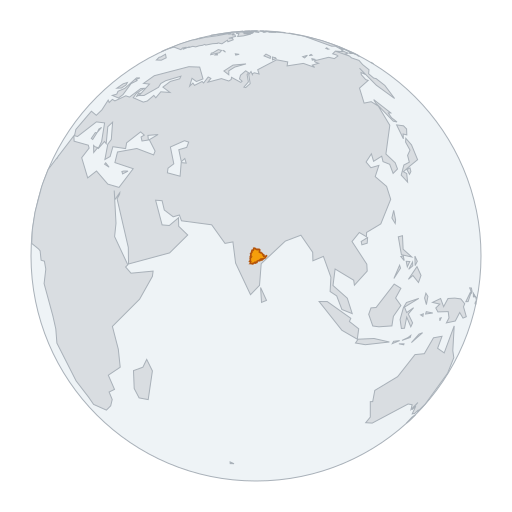 Telangana on an orthographic globe
{"feature_id": "IND-20011", "entity_name": "Telangana", "entity_type": "State", "adm_level": 1, "iso_a3": "IND", "parent_name": "India", "parent_adm1": "", "projection": "orthographic", "projection_center": [78.948, 17.86], "detail": "fine", "context": "on_globe", "style": "filled", "palette": "amber", "viewbox_px": 512, "rotation_deg": 0, "n_neighbors": 0, "source": "natural_earth", "source_scale": "10m", "svg_char_len": 13090}
<svg xmlns="http://www.w3.org/2000/svg" viewBox="0 0 512 512"><circle cx="256" cy="256" r="225" fill="#eef3f6" stroke="#a8b0b8"/><path d="M372.3,63.1L373.6,63.8L370.9,62.2L372.3,63.1ZM354.6,53.4L358.4,55.4L355.0,53.8L355.9,54.6L351.4,52.7L342.0,48.3L338.9,47.2L343.3,49.4L341.5,49.5L335.5,46.2L331.7,46.2L315.4,40.3L303.0,35.7L290.3,33.3L288.7,33.1L305.7,36.3L322.4,40.7L338.8,46.5L354.6,53.4ZM356.9,55.1L359.0,56.1L358.6,56.2L356.9,55.1ZM351.2,53.5L349.9,53.5L349.6,52.6L351.2,53.5ZM348.1,53.1L345.1,54.0L349.5,56.1L335.4,51.1L342.6,51.6L341.5,50.0L344.8,51.9L348.1,53.1ZM277.1,31.7L278.4,31.8L271.8,31.4L266.2,31.0L265.2,30.9L277.1,31.7ZM264.5,30.9L263.3,30.9L260.6,30.8L264.5,30.9ZM328.0,48.5L325.9,48.4L326.4,47.8L328.0,48.5ZM255.8,30.7L257.7,30.7L252.0,30.8L252.6,30.8L251.3,30.8L255.8,30.7ZM283.7,32.4L285.5,32.7L280.6,32.3L280.7,32.5L272.0,31.4L283.7,32.4ZM250.2,30.8L249.0,31.0L244.5,31.1L247.8,30.9L250.2,30.8ZM261.0,30.8L262.6,30.9L259.9,30.8L261.0,30.8ZM228.1,32.6L231.8,32.1L234.1,32.0L228.1,32.6ZM248.8,31.1L250.3,31.0L251.7,31.0L250.0,31.2L248.8,31.1ZM269.2,31.4L266.8,31.3L272.5,31.8L269.1,31.9L263.9,31.3L264.7,31.6L263.6,31.6L260.6,31.2L269.2,31.4ZM252.2,31.6L244.5,31.5L237.1,32.2L234.8,32.2L247.2,31.2L252.2,31.6ZM257.4,31.3L253.7,31.5L252.8,31.2L254.7,31.0L257.4,31.3ZM268.6,32.3L275.2,32.3L276.1,32.4L268.6,32.3ZM250.3,31.8L252.2,31.9L249.8,31.9L250.3,31.8ZM263.2,32.1L265.4,31.9L266.3,32.1L263.2,32.1ZM254.2,32.3L251.7,32.1L252.9,31.9L254.2,32.3ZM258.4,32.2L259.2,32.5L254.9,31.9L259.3,32.1L258.4,32.2ZM263.7,32.3L265.0,32.3L262.7,32.3L263.7,32.3ZM250.9,33.7L245.0,32.9L247.8,32.2L253.1,33.0L250.9,33.7ZM41.5,187.1L42.7,183.5L48.1,169.5L73.9,135.7L74.1,141.2L88.3,145.2L89.1,148.1L81.7,157.7L87.7,177.9L96.5,171.0L107.8,184.1L119.0,187.4L133.2,168.7L114.9,162.6L117.5,152.0L136.8,148.5L153.6,154.9L155.1,151.1L149.3,139.7L158.1,134.5L147.9,135.4L148.4,140.0L142.0,141.0L141.1,137.0L144.3,135.1L140.6,131.9L126.6,142.8L125.6,148.6L112.9,146.7L110.1,156.5L104.9,159.5L107.8,144.2L111.3,139.5L112.6,122.2L107.8,126.7L106.2,143.7L104.5,141.5L98.0,148.9L101.6,141.6L104.6,122.9L96.4,121.9L77.5,136.5L74.5,135.7L75.9,129.4L91.4,111.2L96.3,115.3L101.9,109.9L108.2,100.1L109.2,102.5L112.4,99.4L114.9,100.9L125.8,95.8L129.5,97.1L140.8,88.5L144.2,88.3L136.5,93.2L133.2,97.7L143.3,102.1L147.3,101.0L153.8,95.4L155.8,97.8L160.8,91.8L170.0,92.5L162.9,87.1L170.4,81.4L179.7,78.8L180.9,76.2L165.7,80.7L160.8,83.5L158.5,87.3L144.0,95.5L139.0,95.6L149.5,84.1L143.5,83.4L154.3,75.7L188.8,66.7L199.7,67.1L203.0,78.9L196.4,81.5L192.0,78.3L189.6,86.2L192.9,83.1L194.5,85.4L202.1,81.5L203.6,83.0L208.2,77.0L210.9,78.4L207.9,82.2L221.4,78.6L228.8,81.0L231.2,79.5L231.5,77.3L240.8,82.4L242.1,81.2L239.5,78.9L240.5,75.2L245.7,70.8L248.6,72.8L247.1,74.6L248.4,81.9L243.9,87.1L245.7,87.6L250.2,83.6L248.7,74.6L251.0,71.5L252.7,75.4L252.3,73.7L254.4,72.8L259.1,74.0L257.7,69.7L276.6,59.8L287.7,61.9L287.1,65.9L303.4,63.4L314.7,67.4L312.3,65.1L318.5,63.3L315.1,62.0L314.4,60.8L328.7,57.3L334.4,58.6L337.9,56.0L336.6,55.0L332.7,53.8L335.4,51.1L349.5,56.1L351.5,57.9L359.0,60.4L362.6,64.6L369.0,69.7L368.6,73.8L373.7,78.1L376.1,78.6L384.8,85.4L394.6,98.5L376.3,85.2L359.5,68.2L365.5,74.5L361.0,72.5L361.3,74.7L365.7,79.6L368.2,80.4L359.5,88.1L364.1,103.1L371.2,101.7L378.3,106.1L389.8,125.3L385.9,154.0L395.2,162.8L397.5,169.0L393.1,173.4L389.7,164.3L383.0,161.6L381.7,156.2L373.6,161.3L371.4,153.8L366.1,162.0L370.9,167.7L378.9,165.4L375.2,176.6L386.6,186.4L390.7,199.3L380.8,223.9L366.6,232.4L366.4,236.7L359.3,232.5L352.0,241.5L366.8,264.2L367.2,271.1L354.4,285.2L353.7,280.2L335.1,269.0L333.0,285.5L347.3,298.2L352.2,313.6L341.9,309.5L336.7,295.9L330.1,291.5L330.9,277.2L323.4,256.4L312.9,260.8L312.7,252.3L300.9,235.2L285.3,241.1L261.2,263.7L259.5,285.4L250.5,294.7L235.6,263.1L232.9,241.9L225.0,243.4L211.7,224.8L181.5,220.8L179.4,215.0L173.2,216.8L164.3,210.0L162.1,200.7L155.6,200.2L162.1,224.9L169.3,225.5L178.5,217.8L178.7,226.3L187.7,235.0L169.6,252.9L128.5,264.0L128.3,247.4L117.1,198.8L119.6,194.2L119.7,193.6L119.8,192.6L114.8,199.8L114.2,190.5L116.0,223.2L114.6,236.6L127.8,264.8L125.6,267.0L131.0,273.2L153.1,271.1L152.4,276.4L139.6,299.2L112.4,326.4L118.3,349.2L120.2,367.2L108.3,375.2L114.5,389.4L109.1,392.0L112.2,399.5L110.7,405.8L106.4,410.1L93.6,404.4L88.7,397.3L76.1,380.9L56.9,343.1L55.8,328.9L52.9,316.0L44.1,283.6L45.8,269.1L44.4,261.2L41.1,260.2L40.1,250.8L38.5,248.9L31.7,243.4L32.3,229.6L35.0,212.1L41.5,187.1ZM58.8,155.1L56.7,159.0L58.8,155.1ZM167.4,172.8L180.1,176.2L181.2,162.6L186.2,163.1L184.8,158.5L181.3,161.7L178.8,149.7L186.7,147.4L188.7,142.1L184.5,140.7L170.4,147.0L173.8,163.8L168.0,168.2L167.4,172.8ZM127.4,82.5L125.9,85.1L121.4,88.0L116.8,88.2L123.2,83.8L127.4,82.5ZM124.9,88.3L136.5,77.9L139.9,77.9L136.0,79.6L137.1,80.6L131.1,83.6L123.0,94.6L118.5,98.0L112.3,95.4L116.8,94.1L118.0,91.3L124.9,88.3ZM160.4,57.1L165.5,54.2L166.2,57.8L161.3,60.2L156.4,60.0L159.2,57.2L160.4,57.1ZM242.3,31.1L243.1,31.1L242.0,31.3L239.5,31.5L238.2,31.5L235.8,31.8L231.9,32.0L229.7,32.4L211.1,35.2L211.8,35.1L242.3,31.1ZM180.1,43.9L192.0,40.1L196.6,39.4L199.2,38.4L202.1,37.9L198.9,38.9L205.7,37.2L207.2,37.1L218.0,35.6L226.8,33.9L230.9,33.6L228.3,34.3L234.3,33.6L232.0,34.9L234.9,34.8L235.6,36.4L228.7,38.3L232.5,38.2L233.2,39.8L227.9,41.8L227.4,40.2L221.9,43.8L218.0,42.9L217.6,43.4L212.6,43.7L205.7,45.1L204.8,44.4L202.5,45.3L199.1,45.8L195.7,46.9L192.8,46.3L188.4,47.7L189.6,46.7L182.7,49.4L186.5,47.2L182.5,48.0L180.9,49.7L174.0,47.1L168.1,48.8L161.1,51.7L164.8,50.0L180.1,43.9ZM250.8,34.1L243.4,35.9L237.7,36.5L238.9,33.6L236.6,33.5L237.2,32.3L245.4,31.7L244.5,32.0L245.5,32.2L242.5,32.3L245.7,32.4L244.5,33.0L246.7,33.3L243.7,33.7L250.8,34.1ZM93.6,145.4L94.9,146.7L97.7,147.6L93.7,152.5L93.6,145.4ZM95.3,132.6L97.0,132.7L92.7,139.5L91.3,138.4L95.3,132.6ZM101.6,127.4L97.4,132.2L98.9,129.0L101.6,127.4ZM138.5,93.2L140.7,93.3L139.5,94.8L136.6,96.4L138.5,93.2ZM210.7,54.7L211.3,53.1L212.9,52.8L218.3,49.6L221.6,50.4L219.6,52.7L210.7,54.7ZM128.0,171.1L122.6,173.9L121.9,171.5L123.9,171.0L128.0,171.1ZM105.7,162.8L109.1,167.2L104.6,164.2L105.7,162.8ZM215.2,55.0L217.1,53.5L217.5,54.9L215.2,55.0ZM224.3,50.9L225.5,52.2L222.7,50.2L224.3,50.9ZM230.1,461.9L234.0,463.7L230.2,463.6L230.1,461.9ZM152.4,370.9L148.2,399.6L139.1,397.9L134.2,388.5L133.5,370.6L142.9,367.2L146.7,359.4L152.4,370.9ZM398.9,343.8L404.0,343.8L403.7,344.8L398.9,343.8ZM393.6,341.3L399.7,340.6L392.3,343.6L393.6,341.3ZM402.0,340.4L408.1,337.5L410.8,335.4L410.2,337.5L402.0,340.4ZM389.4,342.0L365.3,344.7L355.5,343.0L358.1,339.2L374.0,338.5L389.4,342.0ZM357.3,339.2L341.9,330.3L319.1,301.5L327.3,301.6L350.8,318.3L349.4,321.5L358.7,328.8L357.3,339.2ZM393.4,316.3L391.9,325.9L378.9,326.8L372.8,326.0L368.7,314.3L371.0,307.9L376.1,307.5L394.2,284.1L400.9,288.3L395.6,298.0L400.9,305.5L393.4,316.3ZM260.6,287.5L266.5,300.4L261.5,302.4L260.6,287.5ZM400.5,268.2L393.9,278.5L399.6,265.2L400.5,268.2ZM403.3,256.0L404.2,260.6L400.8,256.5L403.3,256.0ZM367.2,243.2L361.9,244.8L361.2,241.5L367.6,237.5L367.2,243.2ZM393.7,210.4L395.6,220.1L395.2,223.5L391.9,218.0L393.7,210.4ZM246.0,63.9L234.7,67.1L228.8,70.8L228.8,74.8L223.9,71.0L233.0,65.1L246.0,63.9ZM272.5,59.9L272.4,57.0L275.6,57.8L276.1,58.6L272.5,59.9ZM270.2,58.4L264.0,55.9L266.0,54.1L270.5,56.4L270.2,58.4ZM239.2,54.3L235.7,55.1L235.3,53.8L239.2,54.3ZM406.4,423.2L411.8,417.3L415.4,414.8L409.3,420.9L406.4,423.2ZM408.1,404.0L372.2,423.1L365.7,422.7L370.3,417.1L370.3,401.6L372.7,401.6L374.8,390.4L397.7,376.6L415.0,354.6L424.3,353.7L433.5,337.8L442.0,336.3L437.6,348.3L444.2,352.9L454.2,325.9L452.8,350.7L453.8,357.7L447.6,373.2L425.2,404.1L417.5,411.7L418.5,409.8L414.7,413.4L412.2,413.9L415.8,406.2L411.8,409.8L417.9,402.5L411.0,409.5L412.1,404.7L408.1,404.0ZM475.5,304.8L475.9,303.1L475.8,304.0L475.5,304.8ZM411.4,342.6L419.0,334.1L422.6,332.7L411.4,342.6ZM475.7,302.4L475.2,302.9L475.5,301.4L475.7,302.4ZM476.3,298.9L476.5,297.0L476.1,301.2L476.3,298.9ZM475.6,295.9L476.0,298.6L475.5,296.5L475.6,295.9ZM475.0,297.0L474.4,296.1L474.6,295.4L475.0,297.0ZM463.5,306.8L466.3,316.7L463.0,318.1L459.7,312.5L455.3,321.0L446.4,322.9L449.0,317.9L448.2,311.6L437.9,311.9L435.8,308.0L439.8,304.1L432.5,302.4L440.6,298.5L443.6,306.7L448.0,298.5L454.8,298.1L460.8,298.9L464.7,303.7L463.5,306.8ZM439.8,318.2L441.2,317.8L439.8,320.8L439.8,318.2ZM473.3,292.4L474.1,295.8L473.9,297.0L473.4,296.8L473.3,292.4ZM465.8,301.7L470.4,292.2L471.3,291.8L468.1,301.6L465.8,301.7ZM469.7,287.9L471.4,288.0L472.1,291.6L471.7,292.9L469.7,287.9ZM423.3,313.8L422.9,316.4L420.6,314.9L423.3,313.8ZM426.3,311.7L432.8,313.0L425.6,314.0L426.3,311.7ZM404.5,307.1L406.7,312.6L413.6,307.7L408.3,314.0L412.6,322.9L410.8,326.8L406.7,317.1L404.5,328.2L401.4,328.5L400.1,319.5L403.4,307.7L406.5,302.5L418.8,298.4L404.5,307.1ZM426.4,304.6L424.6,298.0L425.9,293.2L427.9,296.4L426.4,304.6ZM418.5,282.5L412.9,275.5L408.4,279.3L417.0,266.6L421.0,275.4L418.5,282.5ZM412.8,265.8L408.7,269.3L412.6,262.0L412.8,265.8ZM407.3,266.8L406.2,261.3L409.8,261.5L407.3,266.8ZM415.1,265.6L414.9,256.1L417.3,261.3L415.1,265.6ZM403.1,249.2L411.8,257.0L401.4,254.7L398.3,236.8L402.5,235.7L403.1,249.2ZM409.5,174.3L406.9,169.6L410.0,167.9L410.9,171.5L409.5,174.3ZM417.6,159.7L410.0,165.9L403.4,171.7L406.7,173.5L407.6,182.1L401.2,175.1L403.9,165.0L409.3,162.2L407.6,155.4L410.0,150.1L405.6,142.1L405.8,138.3L411.5,144.9L417.6,159.7ZM403.4,138.8L396.6,124.9L403.5,125.8L406.6,129.0L406.8,134.9L403.1,134.0L403.4,138.8ZM397.0,122.0L393.3,121.2L375.7,103.0L373.7,99.6L390.8,112.9L388.3,113.0L391.4,117.6L397.0,122.0ZM327.9,49.3L326.1,48.4L328.6,49.1L327.9,49.3ZM312.3,60.2L311.9,58.7L314.8,59.3L312.3,60.2ZM312.1,55.2L309.1,55.6L311.1,54.4L312.1,55.2ZM302.7,56.7L307.4,55.3L304.6,57.9L302.7,56.7Z" fill="#d9dde1" stroke="#a8b0b8" stroke-width="1"/><path d="M250.8,254.2L250.6,253.9L250.8,253.8L250.8,253.6L250.8,253.4L251.0,253.2L251.3,253.2L251.4,252.8L251.4,252.7L251.5,252.7L251.8,252.4L252.0,252.2L251.9,251.9L251.9,251.7L251.7,251.6L251.6,251.3L251.7,251.2L251.8,251.1L251.9,250.9L251.9,250.6L252.1,250.4L252.1,250.2L252.3,250.2L252.6,250.4L252.7,250.5L252.9,250.5L253.0,250.5L253.1,250.4L253.1,250.1L253.2,249.9L253.3,249.8L253.3,249.7L253.5,249.7L253.6,249.3L253.7,249.1L253.8,248.9L254.0,248.7L253.9,248.6L253.7,248.2L253.9,248.1L254.0,248.3L254.3,248.4L254.5,248.3L254.8,248.3L255.0,248.4L255.1,248.5L255.4,248.5L255.5,248.5L255.7,249.0L255.9,249.1L256.0,249.2L256.1,249.3L256.3,249.4L256.6,249.4L256.6,249.5L256.8,249.6L257.0,249.7L257.1,249.4L257.1,249.2L257.5,249.2L257.5,249.3L258.2,249.4L258.3,249.5L258.4,249.4L258.5,249.3L258.8,249.2L259.1,249.2L259.3,249.4L259.4,249.5L259.6,249.6L259.8,249.8L259.7,250.1L259.7,250.3L259.6,250.5L259.7,250.8L259.5,251.0L259.4,251.1L259.4,251.3L259.5,251.3L259.7,251.6L259.8,251.8L259.8,252.0L259.6,252.2L259.8,252.3L260.1,252.5L260.3,252.7L260.5,252.7L260.8,252.7L261.0,252.6L261.1,252.9L261.2,253.0L261.3,253.0L261.6,253.0L261.8,253.1L262.0,253.2L262.1,253.3L262.5,253.8L262.6,254.0L262.7,254.3L262.8,254.4L262.8,254.5L262.7,254.6L262.7,254.8L262.9,254.8L262.9,254.7L263.0,254.6L263.1,254.8L263.4,254.8L263.5,254.8L263.4,255.0L263.5,255.3L263.6,255.6L263.6,256.0L263.7,256.3L263.8,256.3L264.2,256.1L264.3,256.0L264.5,256.2L264.9,256.1L265.2,256.2L265.5,256.2L265.8,256.2L266.1,256.0L266.3,255.9L266.5,255.7L266.6,255.8L266.6,256.0L266.0,256.3L265.8,256.5L265.7,256.8L265.7,257.0L265.5,257.7L265.2,257.9L264.8,258.0L264.5,258.1L264.2,258.4L263.9,258.5L263.7,258.5L263.4,258.6L263.3,258.9L263.2,259.0L263.3,259.0L263.2,259.1L262.7,259.1L262.4,258.9L262.2,258.8L261.8,258.9L261.8,259.1L261.7,259.2L261.4,259.1L261.4,259.3L261.4,259.5L261.7,259.6L261.9,259.5L262.1,259.6L262.1,259.9L262.1,260.0L261.9,260.2L261.6,260.1L261.4,260.0L261.3,259.9L261.2,259.8L261.1,259.6L261.0,259.4L260.9,259.3L260.8,259.2L260.7,259.2L260.5,259.3L260.2,259.5L260.0,259.8L260.2,260.1L260.1,260.4L260.1,260.5L259.9,260.7L259.8,260.8L259.6,260.8L259.5,260.5L259.4,260.5L259.2,260.5L259.1,260.4L259.0,260.5L258.9,260.6L258.6,260.7L258.4,260.7L258.4,260.8L258.2,260.8L257.8,261.0L257.5,261.0L257.2,261.1L257.0,261.4L257.0,261.5L257.0,261.8L257.1,262.0L257.0,262.4L256.9,262.4L256.8,262.5L256.7,262.4L256.4,262.3L255.9,262.6L255.8,262.8L255.7,262.8L255.6,262.7L255.6,262.8L255.6,263.0L255.4,263.2L255.2,263.2L254.9,263.0L254.6,263.1L254.3,263.0L254.3,262.9L254.2,263.0L253.9,263.0L253.7,263.1L253.3,263.2L253.4,263.3L253.3,263.5L253.2,263.6L252.9,263.7L252.9,263.8L252.8,264.0L252.2,263.7L251.9,263.7L251.6,263.7L251.1,263.7L250.8,263.6L250.5,263.5L250.3,263.5L250.4,263.4L250.5,263.3L250.5,263.1L250.5,262.9L250.5,262.6L250.5,262.4L250.5,262.2L250.7,261.9L250.1,261.8L249.8,261.7L249.6,261.5L250.1,261.2L250.3,261.0L250.3,260.8L250.3,260.7L250.2,260.7L250.3,260.6L250.2,260.5L250.2,260.4L250.2,260.2L250.3,260.1L250.3,259.5L250.4,259.3L250.4,259.2L250.3,258.8L250.2,258.8L250.1,258.7L250.6,257.9L250.6,257.7L250.8,257.6L251.1,257.4L251.3,257.1L251.2,257.1L250.9,257.2L250.7,257.1L250.4,257.0L250.2,256.9L250.4,256.7L250.5,256.5L250.7,256.4L250.6,256.2L250.8,255.9L251.0,255.7L251.0,255.3L250.8,255.2L251.0,254.9L250.9,254.7L250.9,254.4L250.8,254.2Z" fill="#f59e0b" stroke="#b45309" stroke-width="1.5"/></svg>